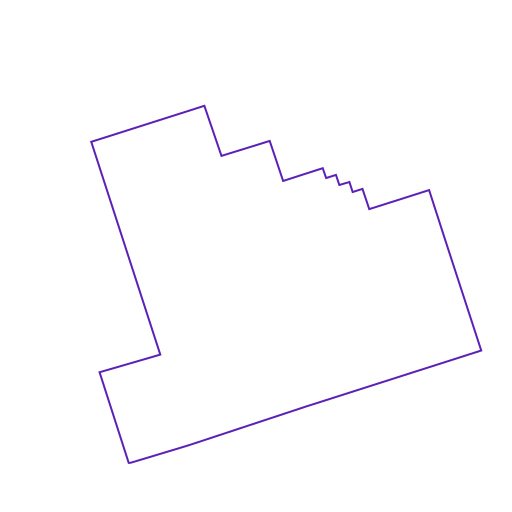 outline of Shelby, Illinois, United States of America, rotated 342°
{"feature_id": "52423323B22684777777250", "entity_name": "Shelby", "entity_type": "district", "adm_level": 2, "iso_a3": "USA", "parent_name": "United States of America", "parent_adm1": "Illinois", "projection": "equal_earth", "projection_center": [-88.76, 39.435], "detail": "fine", "context": "isolated", "style": "outline", "palette": "violet", "viewbox_px": 512, "rotation_deg": 342, "n_neighbors": 0, "source": "geoboundaries", "source_scale": "gbopen_adm2", "svg_char_len": 436}
<svg xmlns="http://www.w3.org/2000/svg" viewBox="0 0 512 512"><g transform="rotate(342 256 256)"><path d="M253.3,97.2L134.6,96.5L134.5,320.2L71.3,318.2L71.0,413.4L72.9,413.9L133.2,415.2L256.1,414.6L441.0,415.5L440.9,299.5L441.0,246.8L378.2,246.4L378.0,225.1L367.7,225.0L367.7,214.5L357.2,214.2L357.1,203.6L346.8,203.5L346.6,193.1L305.0,193.0L304.6,150.8L254.1,150.1L253.3,97.2Z" fill="none" stroke="#5b21b6" stroke-width="2"/></g></svg>